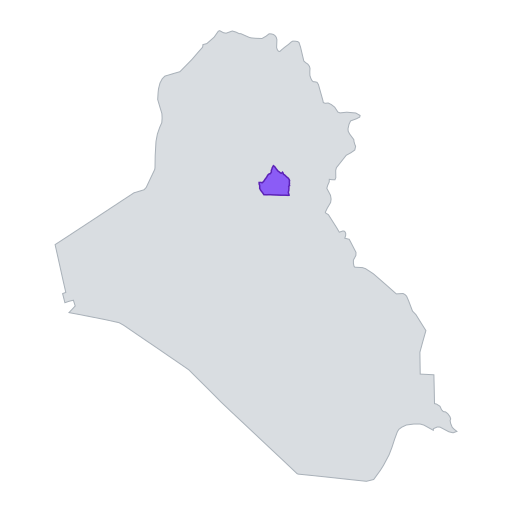 Al-Daur, Sala ad-Din, Iraq (highlighted)
{"feature_id": "34846034B11462984737824", "entity_name": "Al-Daur", "entity_type": "district", "adm_level": 2, "iso_a3": "IRQ", "parent_name": "Iraq", "parent_adm1": "Sala ad-Din", "projection": "equal_earth", "projection_center": [44.202, 34.56], "detail": "fine", "context": "in_parent", "style": "filled", "palette": "violet", "viewbox_px": 512, "rotation_deg": 0, "n_neighbors": 0, "source": "geoboundaries", "source_scale": "gbopen_adm2", "svg_char_len": 4494}
<svg xmlns="http://www.w3.org/2000/svg" viewBox="0 0 512 512"><path d="M202.9,44.6L206.8,43.6L214.1,37.2L218.3,31.2L219.7,30.7L223.4,32.7L226.1,33.2L232.3,31.0L236.0,32.1L239.1,33.6L240.9,33.7L249.2,37.4L251.3,37.9L255.6,38.3L262.0,38.5L266.2,36.1L269.1,33.8L271.2,33.9L273.2,34.4L274.8,35.4L276.2,37.2L276.9,39.6L276.6,47.6L277.3,49.7L278.4,51.2L279.8,51.5L281.6,49.8L284.6,47.3L288.4,44.5L291.2,42.0L292.8,41.1L295.3,41.2L297.8,41.6L299.2,42.8L299.2,43.2L300.5,47.0L303.8,61.0L305.7,62.7L307.9,64.2L309.4,66.3L310.0,68.4L309.8,71.7L309.9,75.5L310.8,78.3L312.0,80.6L313.2,81.7L314.9,81.8L317.0,82.3L318.4,84.5L322.9,100.5L323.3,102.6L325.2,103.3L328.2,103.0L331.4,104.6L334.7,107.2L337.9,112.1L340.1,112.9L346.7,112.2L355.8,113.0L360.1,115.5L359.7,117.1L356.4,118.8L350.6,120.9L349.0,124.3L348.0,128.8L348.2,131.3L349.7,134.1L353.8,139.6L354.0,141.6L354.8,144.4L355.6,146.3L354.8,150.0L351.1,152.6L346.2,155.3L336.4,167.7L335.7,170.4L335.8,177.7L334.9,179.8L331.8,179.7L329.3,179.3L329.2,181.9L327.7,185.3L326.8,188.3L330.5,195.3L331.1,199.1L330.6,202.5L327.2,208.3L325.3,212.3L325.8,213.1L328.4,214.7L336.6,227.6L339.3,232.2L342.7,231.0L344.0,231.0L345.0,231.8L345.7,233.3L345.7,235.3L344.8,238.2L349.2,239.3L350.8,242.3L356.0,252.4L355.9,255.4L353.4,260.1L353.4,263.3L354.0,266.2L354.8,267.2L362.4,267.6L365.6,268.7L373.5,273.9L382.6,281.8L390.0,288.3L396.3,293.9L403.0,293.5L404.9,294.5L406.6,296.2L408.6,300.8L412.5,311.1L415.9,314.6L421.0,322.8L425.9,330.6L422.9,341.2L419.9,352.2L420.1,366.4L420.2,374.1L426.7,374.4L433.9,374.8L434.1,383.9L434.3,393.1L434.5,403.6L436.6,404.1L440.0,406.3L441.5,409.7L443.3,411.6L445.5,411.9L447.7,413.6L449.9,416.6L450.7,418.9L450.1,420.5L450.6,423.3L452.2,427.3L454.0,429.1L456.9,431.4L453.1,432.8L448.9,431.8L440.0,427.1L437.2,427.0L433.4,428.7L433.3,430.3L423.9,425.1L420.5,424.1L419.3,424.0L414.0,424.0L406.4,425.0L401.9,427.1L398.9,429.3L397.5,431.5L397.0,432.7L394.6,439.2L391.9,447.5L389.0,455.0L383.4,465.5L380.3,470.4L373.7,479.5L366.4,481.3L349.4,479.5L330.7,477.5L312.0,475.5L298.1,474.1L297.0,473.6L283.3,460.6L272.4,450.4L258.9,437.7L245.1,424.7L231.1,411.6L221.0,402.0L208.8,389.7L197.6,378.6L188.8,369.8L177.6,362.1L168.8,356.1L156.0,347.3L145.8,340.4L137.0,334.4L123.6,325.2L119.1,322.7L105.1,319.6L91.9,317.0L78.1,314.3L69.0,312.6L75.2,306.0L73.4,300.2L69.0,301.3L64.9,302.7L62.6,293.6L65.8,292.4L63.1,280.6L60.4,268.4L57.8,256.7L55.1,244.6L66.8,237.0L75.6,231.2L87.8,223.2L99.5,215.5L110.7,208.1L123.0,200.0L134.0,192.8L144.0,189.8L146.2,187.5L150.8,177.7L154.8,169.3L155.0,167.3L155.2,155.4L156.0,141.4L157.4,134.0L159.7,127.4L161.8,122.6L162.1,118.1L161.9,113.6L159.8,106.7L157.7,99.5L158.1,92.6L158.5,88.9L160.0,83.0L162.3,78.7L164.9,76.1L174.3,73.3L179.9,71.7L187.4,64.1L191.8,59.6L198.0,52.4L202.6,47.2L202.9,45.3L202.9,44.6Z" fill="#d9dde1" stroke="#a8b0b8" stroke-width="1"/><path d="M282.5,172.2L282.3,172.4L281.7,173.1L281.2,173.3L280.8,173.1L280.0,172.6L279.1,171.8L278.1,171.1L277.6,170.7L277.2,170.0L276.1,168.7L275.1,167.2L274.5,166.5L273.4,165.7L272.4,167.5L272.2,167.8L272.0,168.8L271.8,169.3L271.6,169.8L271.4,170.1L271.3,170.4L271.3,170.5L271.3,171.0L271.3,171.5L271.4,172.0L271.0,172.7L270.3,173.5L270.1,173.8L269.6,173.8L269.1,173.9L268.1,174.8L267.6,175.3L267.5,175.6L267.1,176.4L266.8,176.9L266.2,177.8L265.9,178.2L265.4,178.8L264.9,179.5L264.6,180.0L264.2,180.6L263.8,181.2L263.6,181.4L263.3,181.8L262.6,182.3L262.1,182.8L261.5,182.6L261.3,182.5L260.6,182.4L260.0,182.4L259.4,182.5L259.1,182.5L259.1,183.1L259.2,184.0L259.2,184.3L259.5,184.9L259.7,185.5L259.7,187.9L259.7,188.5L260.3,189.5L260.6,190.2L261.2,191.0L262.0,192.0L262.9,193.2L263.2,193.6L263.3,193.8L263.9,194.7L267.1,194.8L268.0,194.7L269.9,194.7L270.5,194.7L271.6,194.8L273.7,194.9L275.9,195.0L276.4,195.0L281.1,195.2L283.0,195.2L285.2,195.2L287.2,195.3L288.4,195.3L288.7,195.3L289.1,195.2L289.0,194.8L289.0,194.6L288.9,194.4L288.8,194.1L288.7,193.7L288.6,193.4L288.4,192.9L288.3,192.6L288.4,191.9L288.6,191.1L288.7,190.6L288.8,190.4L288.8,189.8L288.9,188.7L288.9,188.0L288.9,187.3L288.8,186.7L288.7,186.3L289.1,185.9L289.3,185.8L289.6,185.6L289.6,185.4L289.5,185.1L289.3,184.9L289.3,184.7L289.3,184.2L289.5,183.6L289.4,182.8L289.4,182.4L289.4,181.9L289.4,181.0L289.6,180.6L289.5,180.4L289.4,180.2L289.3,179.7L288.3,178.2L288.1,178.0L287.0,177.2L286.3,176.5L285.8,176.1L285.4,175.7L284.9,175.2L284.7,175.0L284.3,174.7L284.0,174.6L283.6,174.5L283.4,174.1L283.2,173.2L282.8,172.7L282.5,172.2Z" fill="#8b5cf6" stroke="#5b21b6" stroke-width="1.5"/></svg>